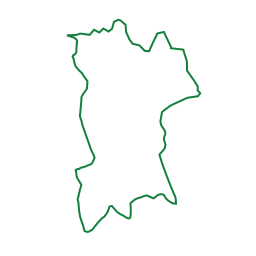 Al-Hilla, Babil, Iraq, rotated 5°
{"feature_id": "34846034B12502380306420", "entity_name": "Al-Hilla", "entity_type": "district", "adm_level": 2, "iso_a3": "IRQ", "parent_name": "Iraq", "parent_adm1": "Babil", "projection": "robinson", "projection_center": [44.41, 32.357], "detail": "fine", "context": "isolated", "style": "outline", "palette": "green", "viewbox_px": 256, "rotation_deg": 5, "n_neighbors": 0, "source": "geoboundaries", "source_scale": "gbopen_adm2", "svg_char_len": 2425}
<svg xmlns="http://www.w3.org/2000/svg" viewBox="0 0 256 256"><g transform="rotate(5 128 128)"><path d="M180.9,56.7L176.2,45.1L163.9,44.8L163.9,43.8L162.3,41.0L159.0,35.4L155.4,29.2L151.4,30.5L148.9,31.3L148.1,33.8L145.3,41.0L142.3,49.7L138.0,49.7L133.7,46.0L132.1,44.7L125.3,43.7L121.7,39.6L117.7,32.4L116.6,25.3L114.4,23.9L111.4,21.6L109.0,21.0L104.8,23.4L103.5,30.5L100.2,33.6L99.0,33.0L94.8,31.1L91.1,35.4L85.6,33.1L81.7,38.5L72.4,38.1L68.4,39.8L62.0,40.6L59.1,41.0L63.5,42.0L67.0,42.9L69.1,44.6L69.7,45.4L69.7,48.5L69.7,51.7L69.7,54.0L69.9,56.0L69.9,57.1L69.6,57.8L68.4,59.5L67.2,60.1L66.6,61.8L67.5,63.2L68.6,66.7L69.6,69.3L70.6,71.4L74.7,75.3L77.3,77.2L78.2,78.6L80.1,81.0L81.7,82.7L83.5,85.0L83.6,86.8L83.6,90.2L83.6,92.5L82.9,93.9L81.6,95.9L80.9,97.2L79.9,98.8L79.0,101.1L79.1,104.3L79.1,107.9L79.1,110.7L79.1,112.7L79.1,115.2L79.1,116.5L79.1,118.6L79.0,119.9L79.7,122.1L81.0,124.9L81.8,127.4L82.6,129.6L83.8,132.4L85.0,134.9L88.0,141.6L90.3,146.6L92.5,151.6L94.3,155.0L96.2,158.1L97.3,160.6L96.5,163.1L95.6,165.3L94.6,167.1L93.9,167.5L90.9,168.9L89.9,169.6L88.2,170.3L86.8,171.1L85.2,171.3L83.5,172.4L82.7,173.2L81.7,173.2L80.7,173.8L80.0,173.9L79.5,174.5L80.4,177.4L80.9,180.4L81.9,182.4L83.7,184.9L85.4,187.1L86.3,188.5L86.5,188.9L85.6,193.2L84.9,198.0L84.5,201.0L84.0,203.2L84.9,205.7L86.0,211.8L86.7,215.5L88.0,220.5L89.1,223.2L90.8,227.1L92.1,230.0L92.5,231.4L92.6,231.6L93.2,233.0L93.7,234.3L95.6,235.0L97.0,235.0L98.4,234.5L101.6,232.1L103.4,229.1L106.2,225.0L108.5,222.0L110.5,219.6L111.6,218.9L112.5,217.8L114.3,214.9L115.2,212.8L115.9,209.8L116.5,207.8L117.8,207.3L118.7,207.1L122.6,210.9L124.6,212.7L127.8,214.5L131.0,215.7L133.9,217.3L135.9,218.0L136.7,218.1L137.9,217.3L138.1,216.4L138.2,213.9L138.0,209.8L137.5,206.3L137.3,204.8L136.9,203.1L137.2,202.5L139.1,200.6L141.0,198.8L142.1,198.0L144.1,197.0L146.5,196.1L148.9,194.9L151.2,193.9L152.8,193.5L155.4,194.5L157.7,195.2L159.7,195.9L163.7,192.0L166.4,191.1L169.4,191.3L171.9,194.8L174.4,196.9L179.1,199.2L182.4,199.2L181.6,193.8L180.5,191.4L176.0,183.0L170.5,171.9L165.4,161.0L161.6,151.7L164.7,147.7L166.4,144.9L166.8,141.4L164.8,136.2L164.8,134.0L165.7,130.6L165.2,128.0L160.8,122.2L159.7,118.8L160.0,114.9L160.2,112.0L160.5,109.2L162.2,107.5L168.1,102.2L171.4,100.2L178.7,96.0L184.6,92.7L194.9,90.2L196.9,87.1L194.5,84.8L194.2,84.5L193.9,80.6L192.4,78.6L189.6,74.9L181.8,65.7L180.9,56.7Z" fill="none" stroke="#15803d" stroke-width="2"/></g></svg>